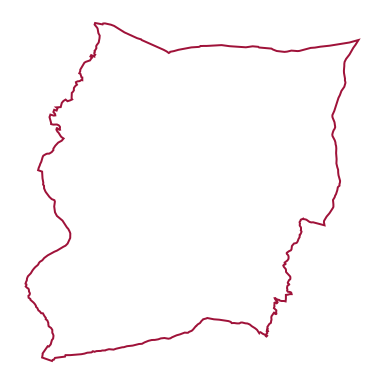 outline of Dobresti, Arges, Romania
{"feature_id": "2599482B48483395100218", "entity_name": "Dobresti", "entity_type": "district", "adm_level": 2, "iso_a3": "ROU", "parent_name": "Romania", "parent_adm1": "Arges", "projection": "natural_earth1", "projection_center": [25.137, 44.956], "detail": "fine", "context": "isolated", "style": "outline", "palette": "rose", "viewbox_px": 384, "rotation_deg": 0, "n_neighbors": 0, "source": "geoboundaries", "source_scale": "gbopen_adm2", "svg_char_len": 5817}
<svg xmlns="http://www.w3.org/2000/svg" viewBox="0 0 384 384"><path d="M139.0,344.0L142.0,343.8L144.5,342.4L148.5,340.8L151.8,340.0L154.9,339.9L158.3,339.3L160.8,338.4L164.4,338.0L168.4,338.7L170.4,338.3L172.0,337.3L176.6,335.3L179.9,334.4L184.7,332.6L187.0,332.8L188.1,332.7L189.2,331.8L191.7,330.8L193.1,329.5L195.9,326.1L196.2,326.1L197.6,324.5L200.0,323.0L201.7,320.7L202.6,320.0L203.1,319.3L206.5,318.4L207.2,318.0L213.9,319.3L219.2,319.7L228.5,321.1L230.7,321.9L231.7,323.1L234.1,323.0L237.1,323.4L239.3,323.4L241.0,322.5L242.2,322.5L245.3,323.3L247.5,323.5L249.8,324.5L251.8,326.2L255.0,328.2L257.0,329.8L259.2,333.1L259.5,332.5L260.5,332.2L262.8,333.8L264.8,334.7L265.4,335.2L265.7,336.0L266.4,336.5L267.1,335.8L266.6,335.4L266.1,334.3L266.8,333.7L267.3,333.0L267.2,332.5L266.7,331.6L266.8,331.2L267.7,331.1L267.5,330.8L267.8,330.2L267.6,329.8L267.0,329.7L267.1,329.0L267.7,328.4L267.4,327.8L267.4,326.9L269.3,324.0L270.9,322.8L271.2,320.6L271.5,319.9L271.3,317.4L271.5,316.3L274.0,312.6L274.3,312.7L275.2,313.9L275.9,314.1L276.3,313.9L276.4,313.5L276.1,312.1L276.3,311.0L276.3,310.3L273.9,308.1L274.5,306.2L274.3,305.6L274.5,303.8L274.4,302.9L274.8,302.6L275.4,302.5L276.7,303.3L277.1,303.0L277.6,302.2L275.2,299.3L274.7,298.2L275.3,298.1L276.1,298.9L277.8,299.7L279.1,299.9L279.7,300.5L281.5,301.0L284.0,301.0L285.6,301.4L285.9,298.6L285.9,294.9L287.8,294.7L289.9,294.1L291.6,294.1L291.3,292.9L290.8,292.3L289.5,291.9L288.0,291.8L287.5,291.3L287.1,290.6L287.4,289.4L287.0,288.1L287.3,286.2L287.5,285.8L289.2,284.5L289.1,284.2L288.1,283.5L287.8,283.0L287.8,282.6L289.1,280.0L290.1,279.4L290.3,279.0L290.4,277.8L290.2,276.5L286.2,272.2L286.0,271.6L286.0,270.1L285.7,269.0L283.8,266.8L283.3,265.5L283.7,265.0L285.1,264.4L285.5,264.0L284.7,263.3L284.6,262.6L287.4,260.5L288.5,258.8L288.6,256.8L288.3,255.6L287.8,254.8L287.0,254.1L286.7,253.4L286.8,252.8L288.8,251.3L290.9,250.3L291.5,249.3L291.9,246.1L292.2,245.6L294.0,243.5L295.7,243.2L296.7,242.8L297.6,241.5L298.5,239.0L299.6,237.2L299.6,236.0L299.9,235.5L299.7,235.1L299.7,234.7L300.7,233.9L301.5,231.8L301.5,231.4L300.8,230.5L301.0,229.7L301.0,227.8L300.7,227.0L299.8,225.7L299.7,225.0L300.0,223.5L299.6,222.7L299.7,221.8L300.5,220.7L300.8,219.7L303.1,218.7L303.2,219.1L304.6,219.2L306.4,219.7L309.5,221.9L311.2,222.4L313.1,222.3L324.5,225.3L323.9,222.1L324.1,220.8L326.6,216.6L329.5,213.2L332.8,208.1L333.4,206.9L333.4,204.3L333.0,200.0L334.7,197.2L335.1,195.7L336.0,194.2L337.3,190.2L337.8,187.4L338.2,186.8L339.5,185.7L339.5,183.9L339.9,182.8L340.1,180.9L338.5,175.2L338.2,172.7L338.1,169.7L337.3,167.3L336.4,163.4L336.6,159.1L336.1,153.1L336.3,148.6L336.1,146.1L335.6,144.3L335.4,142.3L334.8,140.4L332.5,136.0L332.3,134.4L332.9,132.2L333.6,130.3L334.6,128.8L335.2,127.1L334.5,122.2L332.6,117.6L332.4,116.7L332.4,115.1L334.3,110.9L338.5,97.8L339.9,95.1L341.4,91.0L344.3,86.8L345.4,83.0L345.4,82.3L344.9,80.2L345.0,78.7L344.0,73.0L343.9,70.8L344.3,66.0L344.3,64.0L344.6,61.9L346.1,58.9L349.5,54.5L353.3,47.8L355.5,44.8L358.5,40.0L349.5,42.5L329.6,45.7L320.3,46.7L314.9,47.6L310.7,47.9L299.5,50.9L297.7,51.1L291.4,50.6L287.2,51.6L284.5,51.9L276.7,51.0L272.9,49.5L271.5,48.6L259.1,47.5L258.2,46.8L252.6,46.3L245.9,47.3L229.6,46.2L221.6,45.1L207.4,45.9L200.4,46.0L199.8,46.6L198.8,46.9L191.3,47.4L178.5,49.8L173.9,51.1L170.2,51.8L169.7,52.5L168.8,53.0L166.6,51.4L163.6,49.8L141.6,40.0L141.2,39.4L137.2,38.2L124.5,32.4L114.1,25.9L110.9,24.7L105.0,23.4L103.1,23.5L102.6,24.4L95.1,23.0L94.6,24.6L97.1,27.7L97.6,28.6L98.4,33.2L99.7,35.6L99.5,38.3L98.7,42.5L96.8,45.0L96.3,45.9L96.2,46.9L96.4,48.1L95.6,49.6L94.5,51.0L94.9,51.9L94.3,52.8L94.3,53.9L95.2,54.7L94.3,55.8L94.3,56.5L91.2,55.1L90.4,56.5L92.0,57.7L91.1,58.7L90.0,60.4L85.9,61.8L84.4,62.7L80.3,69.6L80.2,71.3L79.3,73.3L80.4,73.8L81.5,77.3L82.3,77.5L82.3,80.2L81.3,80.0L79.7,81.1L77.4,81.4L75.9,82.2L76.1,83.2L77.0,84.7L75.4,85.9L74.0,87.8L73.8,89.1L73.9,90.3L73.0,91.7L71.8,92.9L71.6,98.5L72.2,99.4L70.3,100.3L67.5,101.2L65.6,99.6L63.4,101.0L61.8,102.9L60.7,107.1L56.3,107.4L57.5,108.4L56.6,110.6L54.2,109.8L53.4,112.0L55.1,114.1L55.3,115.4L53.8,115.6L50.4,114.6L49.5,117.1L51.0,122.5L51.1,124.1L53.3,124.6L56.9,124.5L58.7,125.3L59.3,125.9L60.0,127.0L59.8,129.2L60.0,129.7L59.6,129.8L58.8,129.5L57.3,128.2L56.8,128.2L56.4,129.7L57.5,131.7L58.5,132.6L60.6,136.0L61.4,137.0L63.6,138.5L61.7,140.7L58.2,142.6L55.3,145.7L53.4,148.6L53.3,149.2L53.4,150.1L51.7,152.1L49.3,153.6L47.0,153.7L45.8,154.2L43.3,155.7L42.6,157.2L41.3,161.7L40.1,164.2L39.8,165.3L38.7,167.9L38.1,170.2L42.1,171.6L42.5,178.3L43.3,182.7L43.1,184.6L44.0,185.7L44.1,188.6L44.6,189.4L45.0,190.6L45.8,192.1L49.4,196.9L51.7,199.1L54.4,200.2L54.9,201.6L54.2,206.5L55.0,212.3L56.9,215.9L62.5,220.6L66.9,227.4L68.2,228.8L69.5,231.3L70.3,233.4L70.2,238.0L67.6,243.6L65.5,245.7L63.3,246.8L57.0,250.6L54.4,251.7L47.8,255.3L44.2,258.0L42.3,260.3L39.9,261.8L39.3,262.5L38.7,263.3L38.4,264.2L37.7,265.1L35.4,267.0L34.0,268.5L32.6,270.3L30.8,273.3L27.9,276.3L27.0,278.5L26.8,280.4L26.0,282.1L25.5,283.7L26.4,284.4L26.4,285.2L25.7,286.5L27.3,288.0L28.4,288.6L28.9,289.9L29.0,291.5L29.7,292.8L29.9,293.8L29.5,294.9L28.4,295.9L28.6,297.7L30.3,298.9L30.5,299.9L33.6,302.6L34.8,304.0L35.9,305.7L36.0,306.8L37.3,308.0L38.4,310.4L39.7,311.3L41.2,313.2L42.9,313.3L44.4,316.0L45.9,318.1L45.7,319.2L47.3,320.4L48.3,322.9L48.3,324.2L48.7,326.3L51.1,328.0L52.3,329.9L52.3,332.8L53.1,334.3L53.5,335.8L53.1,338.6L51.9,340.1L50.7,344.4L48.8,346.6L47.7,346.2L42.6,353.5L42.7,354.1L42.1,357.5L52.0,361.0L52.7,359.9L53.8,359.7L55.0,357.9L65.0,356.6L65.5,355.1L70.5,355.1L81.3,354.2L84.5,353.6L87.3,352.7L91.4,352.4L92.3,351.9L92.6,351.3L93.3,351.3L94.5,351.8L96.5,351.1L100.9,350.9L102.2,350.5L105.4,350.4L106.0,350.0L109.0,349.2L113.6,349.6L116.2,348.7L122.2,347.3L123.8,347.2L127.0,346.2L132.6,345.6L139.0,344.0Z" fill="none" stroke="#9f1239" stroke-width="2"/></svg>